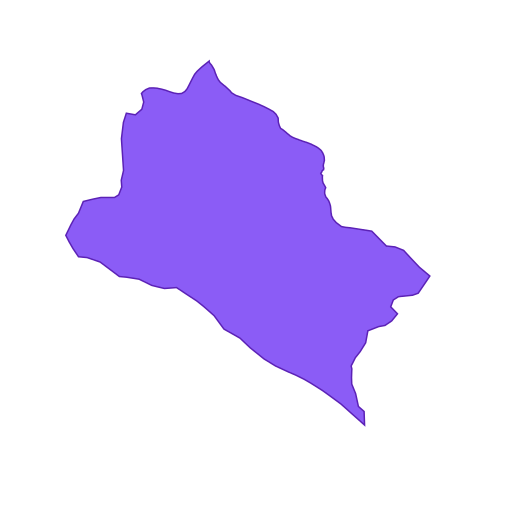 As Sawd, Hajjah, Yemen (Equal Earth projection), rotated 133°
{"feature_id": "15242507B88487972581206", "entity_name": "As Sawd", "entity_type": "district", "adm_level": 2, "iso_a3": "YEM", "parent_name": "Yemen", "parent_adm1": "Hajjah", "projection": "equal_earth", "projection_center": [43.734, 15.824], "detail": "fine", "context": "isolated", "style": "filled", "palette": "violet", "viewbox_px": 512, "rotation_deg": 133, "n_neighbors": 0, "source": "geoboundaries", "source_scale": "gbopen_adm2", "svg_char_len": 4148}
<svg xmlns="http://www.w3.org/2000/svg" viewBox="0 0 512 512"><g transform="rotate(133 256 256)"><path d="M154.6,160.6L159.5,167.1L159.8,167.3L159.3,179.1L158.9,188.3L171.1,206.3L174.0,210.1L176.2,213.6L176.7,218.6L176.9,220.0L176.4,224.8L175.8,226.1L175.4,227.3L175.0,228.3L173.9,229.6L173.1,230.7L172.1,231.8L169.8,234.3L168.6,235.7L167.2,238.1L166.1,240.4L165.4,243.2L165.2,245.2L164.5,246.5L163.7,248.1L162.5,249.3L160.6,250.8L158.5,251.6L158.0,253.0L156.8,256.9L156.6,257.1L155.6,258.7L154.3,260.0L152.9,261.4L151.8,262.2L151.8,263.6L151.4,265.0L149.6,265.2L148.6,265.7L147.8,265.7L146.8,265.4L146.0,266.1L145.5,266.3L145.3,266.7L145.1,267.1L144.9,267.6L144.3,268.0L144.0,268.5L143.6,268.7L142.7,269.4L142.1,269.7L141.7,269.8L141.3,270.1L141.0,270.3L140.3,270.7L139.7,271.0L139.4,271.2L139.1,271.6L138.6,272.0L138.3,272.4L137.9,272.8L137.6,273.1L137.3,273.5L136.8,274.1L136.5,274.6L136.2,275.2L136.1,275.3L135.9,275.8L135.7,276.2L135.4,276.9L135.2,277.4L134.9,278.1L134.9,278.6L134.6,279.3L134.5,279.9L134.4,280.5L134.4,281.2L134.4,281.8L134.5,282.7L134.5,283.7L134.6,284.2L134.7,285.0L134.9,286.0L135.0,286.6L135.3,287.3L135.4,287.9L135.5,288.3L135.6,288.6L135.9,289.5L136.2,290.4L136.4,291.2L136.4,291.5L136.6,292.0L136.8,292.4L137.0,292.8L137.2,293.6L137.5,294.1L137.7,294.8L137.9,295.2L138.2,295.9L138.3,296.3L138.5,296.7L139.0,297.6L139.2,298.0L139.3,298.4L139.8,299.3L140.1,300.0L140.4,300.6L140.6,301.3L141.0,302.1L141.3,302.8L141.6,303.4L141.8,304.0L142.0,304.7L142.2,305.0L142.4,305.5L142.8,306.4L143.2,307.2L143.3,307.6L143.4,308.0L143.8,308.9L144.0,309.4L144.1,309.9L144.3,310.4L144.4,310.9L144.6,311.7L144.7,312.4L144.9,313.0L144.9,314.0L144.9,315.0L145.0,315.8L145.1,316.2L145.1,316.7L145.1,317.4L145.1,317.9L145.3,321.7L145.4,322.7L145.6,323.7L145.9,325.0L144.9,327.5L143.9,329.3L142.8,331.0L140.0,333.9L138.7,338.0L138.6,341.8L139.7,346.4L141.3,352.0L142.4,355.2L143.0,357.1L143.1,357.4L146.0,364.8L149.4,373.8L152.3,380.3L153.1,384.1L153.3,385.5L153.2,385.8L153.1,386.3L153.0,387.1L152.9,387.6L152.9,388.3L152.9,388.8L152.9,389.5L152.9,390.2L152.9,390.9L152.9,391.5L152.9,392.1L152.9,392.3L152.9,392.7L152.9,393.7L152.9,394.3L153.0,395.0L153.1,395.7L153.1,396.5L153.2,397.5L153.2,398.4L153.3,399.3L153.3,399.8L153.3,400.6L153.3,401.1L153.1,401.9L153.1,402.4L152.9,402.9L152.9,403.5L152.8,403.9L152.5,404.5L152.4,404.9L152.1,405.8L151.8,406.4L151.6,406.9L151.4,407.6L151.2,408.0L150.8,408.5L150.7,409.0L150.4,409.5L150.2,410.0L150.1,410.4L149.8,410.8L149.4,411.5L149.2,412.0L148.9,412.3L148.8,412.8L148.5,413.1L148.3,413.6L148.1,414.0L147.9,414.6L147.8,415.3L147.5,415.8L147.4,416.7L147.1,417.1L147.0,417.9L146.8,418.4L146.7,419.0L146.6,419.6L146.6,420.5L146.3,421.8L146.0,422.6L145.4,423.2L154.2,424.5L156.4,424.7L158.0,424.8L160.8,425.0L161.5,425.0L164.9,424.8L168.8,423.8L172.3,422.8L176.7,421.5L180.7,420.4L182.3,420.3L184.2,420.2L187.8,421.2L190.5,423.7L192.9,427.3L194.6,430.9L195.6,433.2L196.4,435.1L198.4,438.9L200.3,442.0L200.6,442.6L203.0,445.6L205.8,448.5L209.5,450.1L212.9,450.7L215.3,450.6L216.2,448.9L220.0,443.1L226.5,439.6L235.0,440.5L240.0,448.2L248.7,444.1L262.0,434.4L283.8,411.2L292.5,406.2L297.1,401.2L304.9,398.1L309.7,399.4L318.9,409.3L324.7,413.4L327.5,415.3L333.9,419.5L345.8,415.0L352.9,414.3L359.2,412.7L370.6,409.2L373.2,402.0L375.4,394.8L377.6,385.3L372.3,378.4L366.7,365.8L364.2,342.0L364.1,341.8L359.9,336.4L352.7,325.7L348.6,312.2L345.5,306.6L342.2,300.8L333.3,292.6L331.6,282.3L329.3,268.9L328.6,259.9L328.2,246.0L331.3,229.6L327.0,211.7L327.1,197.4L325.8,179.9L323.1,166.6L318.6,152.9L316.1,146.0L313.4,137.0L311.6,129.2L309.0,115.3L308.0,107.5L306.3,92.8L306.0,78.6L305.6,61.3L296.0,70.9L296.2,78.5L288.7,89.3L284.4,98.6L279.8,103.2L275.0,107.4L273.2,108.9L271.6,111.3L269.9,112.0L269.7,111.9L262.6,114.0L254.9,114.6L244.7,116.6L235.0,122.8L234.5,123.2L223.9,118.1L218.8,114.3L210.9,112.5L201.8,113.1L201.3,122.8L194.5,125.6L188.7,124.1L187.0,122.7L186.4,122.2L186.0,121.8L178.3,115.1L178.0,114.8L172.6,112.0L158.2,114.2L157.0,114.4L152.1,115.2L152.8,128.8L152.5,133.7L152.1,140.1L151.9,143.1L151.2,151.9L154.5,160.4L154.6,160.6Z" fill="#8b5cf6" stroke="#5b21b6" stroke-width="1.5"/></g></svg>